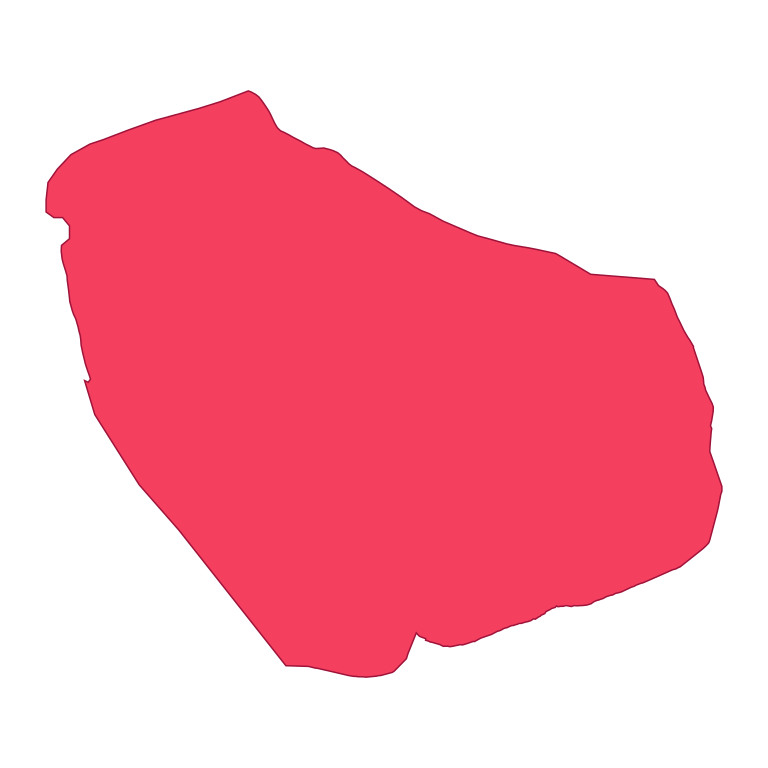 Union/Ti Morne, Gros Islet, Saint Lucia
{"feature_id": "8701671B35889486410430", "entity_name": "Union/Ti Morne", "entity_type": "district", "adm_level": 2, "iso_a3": "LCA", "parent_name": "Saint Lucia", "parent_adm1": "Gros Islet", "projection": "robinson", "projection_center": [-60.952, 14.023], "detail": "fine", "context": "isolated", "style": "filled", "palette": "rose", "viewbox_px": 768, "rotation_deg": 0, "n_neighbors": 0, "source": "geoboundaries", "source_scale": "gbopen_adm2", "svg_char_len": 3473}
<svg xmlns="http://www.w3.org/2000/svg" viewBox="0 0 768 768"><path d="M285.9,665.7L308.4,666.4L315.4,668.1L316.4,668.1L328.4,670.8L348.5,675.5L353.8,676.4L357.2,676.4L356.4,676.6L359.9,676.8L361.4,676.8L363.8,676.9L365.5,677.1L366.5,677.1L376.0,676.2L379.7,675.5L380.8,675.5L392.3,672.4L393.7,671.5L394.5,670.9L406.4,658.7L407.9,653.8L416.3,632.9L418.6,635.5L419.7,636.4L421.7,637.2L423.3,637.8L425.7,638.6L425.6,640.3L427.3,640.7L428.5,641.2L430.5,642.1L432.0,642.3L439.9,644.6L443.2,646.3L447.7,646.2L449.8,646.7L453.3,646.2L454.9,645.8L460.1,644.7L462.7,644.9L464.1,644.5L468.5,643.1L470.7,642.3L473.0,641.5L474.7,641.5L475.7,640.9L480.6,638.2L486.9,636.0L488.7,635.4L491.4,634.5L497.4,631.3L499.7,630.7L501.8,629.7L502.7,629.1L504.8,628.1L506.7,627.8L509.5,626.5L512.0,625.5L513.5,625.5L514.9,624.9L517.3,624.3L519.3,623.4L521.2,623.4L525.8,622.0L527.6,621.7L530.9,620.6L533.6,618.8L535.3,619.2L538.0,617.4L538.7,616.8L539.9,616.5L541.5,615.0L543.9,614.0L542.5,614.7L544.7,613.6L546.0,611.6L549.0,610.1L550.0,609.6L551.7,608.5L555.2,607.4L556.5,606.0L557.9,606.7L559.1,606.6L560.7,606.3L563.6,606.3L564.3,605.9L565.1,605.8L566.6,605.6L569.5,606.2L571.5,606.5L574.0,605.6L577.2,605.8L580.4,605.6L581.4,605.6L582.8,605.5L584.6,605.3L587.1,605.0L589.0,604.4L589.9,604.1L591.0,603.8L592.5,602.7L593.5,602.0L595.2,601.1L599.1,599.7L598.1,600.3L600.5,599.3L602.9,598.6L606.5,596.6L607.6,596.3L609.9,595.5L612.8,594.9L615.7,593.3L617.8,592.9L618.8,592.7L621.9,591.7L625.2,590.1L628.0,588.8L630.5,587.6L631.5,587.1L633.2,586.6L633.9,586.4L635.8,585.3L636.5,585.0L639.4,583.9L641.2,583.2L642.5,583.0L646.1,581.5L672.5,569.8L675.9,568.9L679.5,566.9L678.9,567.4L680.2,566.8L703.0,548.6L705.8,546.0L708.7,542.9L709.1,542.0L709.8,539.9L713.1,527.4L717.4,511.2L718.6,505.7L719.5,500.9L720.5,495.4L720.0,498.7L720.7,494.6L721.9,491.2L721.9,486.5L715.6,468.2L710.2,452.7L709.8,451.8L710.0,446.7L710.3,442.6L710.9,435.7L711.1,432.8L711.4,430.6L711.7,428.5L710.5,425.8L711.7,420.5L713.2,411.3L713.3,407.1L712.2,403.7L709.2,397.7L705.6,390.1L705.1,387.6L703.8,384.1L703.6,381.5L703.2,377.3L701.6,372.2L693.4,347.6L693.5,346.5L690.1,340.6L687.7,337.1L683.8,330.4L679.9,322.2L677.4,317.3L674.3,309.1L672.0,304.0L670.0,298.7L667.6,293.1L665.0,290.3L662.9,288.6L658.5,285.6L655.9,281.7L654.4,279.4L590.7,274.3L558.5,255.1L555.6,253.5L551.8,252.7L536.5,249.4L528.8,247.9L514.3,245.5L506.4,243.8L492.0,239.7L477.5,235.8L469.7,232.6L443.2,221.2L429.5,213.7L421.5,210.7L414.4,206.8L402.0,197.7L388.9,188.7L376.2,180.4L363.1,172.1L355.3,167.7L351.8,166.0L348.9,163.8L345.4,160.2L343.0,157.9L340.7,155.2L337.7,152.7L333.3,150.7L329.7,149.5L326.8,148.8L323.9,148.0L318.4,148.4L315.8,148.5L313.1,147.8L309.3,145.8L305.2,143.8L301.1,141.4L293.5,137.5L288.8,134.8L283.9,132.3L280.5,130.8L277.4,127.8L274.9,123.6L272.5,118.6L270.8,114.9L268.7,110.9L265.7,106.3L261.8,100.7L258.9,97.0L255.6,94.4L251.2,92.0L248.3,90.9L244.4,92.4L220.0,101.8L198.6,108.5L155.7,120.2L127.9,130.2L103.1,139.7L89.9,144.1L70.9,154.7L57.3,169.2L48.0,182.5L47.6,186.3L46.1,199.8L46.1,212.0L53.9,217.6L62.6,217.6L69.5,225.9L69.5,238.7L61.5,245.4L61.2,251.0L62.1,258.8L63.3,263.6L65.4,270.2L67.0,275.7L67.3,280.6L68.4,288.5L69.4,297.3L69.8,301.6L72.3,310.7L73.6,314.4L75.8,319.0L78.2,327.3L78.8,330.4L80.2,335.6L80.8,340.0L81.1,345.0L82.7,352.8L84.1,358.5L85.4,364.0L87.8,371.3L88.9,374.2L90.5,379.1L88.2,382.3L84.6,380.6L94.8,414.6L139.2,484.8L178.7,529.9L285.9,665.7Z" fill="#f43f5e" stroke="#9f1239" stroke-width="1.5"/></svg>